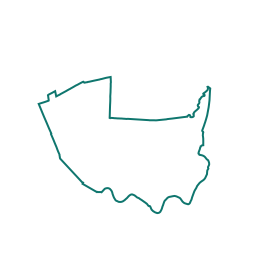 Floresti-Stoenesti, Giurgiu, Romania, rotated 295°
{"feature_id": "2599482B22375380524823", "entity_name": "Floresti-Stoenesti", "entity_type": "district", "adm_level": 2, "iso_a3": "ROU", "parent_name": "Romania", "parent_adm1": "Giurgiu", "projection": "equal_earth", "projection_center": [25.713, 44.497], "detail": "fine", "context": "isolated", "style": "outline", "palette": "teal", "viewbox_px": 256, "rotation_deg": 295, "n_neighbors": 0, "source": "geoboundaries", "source_scale": "gbopen_adm2", "svg_char_len": 5614}
<svg xmlns="http://www.w3.org/2000/svg" viewBox="0 0 256 256"><g transform="rotate(295 128 128)"><path d="M198.6,185.8L198.8,184.9L199.2,183.0L198.9,182.7L198.0,183.6L197.3,183.8L196.4,184.1L195.3,183.8L193.2,182.9L191.3,181.8L190.9,181.7L190.7,181.9L190.5,182.1L190.6,182.8L190.5,183.2L190.0,183.6L189.6,183.7L189.4,183.6L189.1,183.4L188.8,182.8L188.1,182.1L187.2,181.6L186.3,181.4L185.5,181.3L185.1,181.2L184.7,181.2L184.3,180.8L184.1,180.8L183.9,180.8L183.2,181.1L182.5,181.1L182.2,181.3L181.9,181.6L181.4,181.9L180.8,182.0L180.1,182.0L178.8,181.6L178.1,181.6L177.2,182.3L177.0,182.6L177.0,183.0L176.9,183.5L176.5,183.6L175.6,183.6L173.6,182.8L172.1,182.1L171.2,181.7L170.1,181.3L169.5,181.3L169.1,181.4L168.7,181.6L168.5,181.3L167.7,181.7L167.1,182.3L166.5,182.6L166.0,182.5L165.7,182.3L165.1,181.8L164.7,181.1L164.4,180.5L164.3,180.1L164.3,179.9L164.5,179.8L164.8,179.6L165.2,179.4L165.4,179.2L165.6,178.9L165.7,178.7L165.8,178.5L165.7,178.1L165.6,177.9L165.6,177.7L165.3,177.5L165.0,177.4L164.5,177.2L164.2,177.1L164.0,176.9L163.3,176.9L163.2,176.8L163.2,176.6L162.7,175.9L160.5,172.4L155.2,164.0L152.9,160.2L152.0,159.0L146.9,150.4L146.8,150.1L144.1,144.3L144.0,143.8L136.2,123.9L136.0,123.5L135.8,123.2L135.5,122.6L134.8,120.7L134.4,119.7L134.2,119.1L133.9,118.3L132.8,115.7L132.5,114.9L132.1,114.0L131.5,112.4L131.0,111.2L130.9,110.8L130.7,110.1L129.6,107.5L129.5,107.3L129.4,107.3L129.4,107.1L131.1,106.4L139.7,102.7L141.6,101.9L143.1,101.3L144.8,100.6L147.7,99.3L148.1,99.1L148.4,98.9L149.8,98.3L151.1,97.8L152.9,97.1L155.4,96.0L156.6,95.5L158.7,94.6L160.4,93.8L160.8,93.6L162.1,93.2L162.5,93.0L165.2,91.6L166.0,91.2L166.9,90.7L164.7,87.6L164.1,86.8L161.2,83.3L160.7,82.6L160.5,82.3L159.9,81.7L159.4,81.0L156.4,77.0L154.0,73.9L153.1,72.7L152.9,72.3L152.7,72.1L152.1,71.5L151.8,70.9L150.9,69.7L150.7,69.4L150.6,69.2L150.8,68.7L151.0,68.4L151.1,68.1L151.0,67.9L150.8,67.7L150.5,67.4L150.2,67.2L149.7,66.8L147.2,64.9L146.6,64.5L146.2,64.2L145.2,63.4L144.6,62.9L144.1,62.5L143.6,62.2L142.9,61.7L142.6,61.5L141.6,60.8L141.2,60.5L140.6,60.1L140.1,59.7L138.9,58.9L138.5,58.6L138.2,58.3L137.9,58.1L137.4,57.8L136.6,57.1L136.0,56.8L135.7,56.6L135.2,56.2L132.9,54.5L132.5,54.2L132.1,53.9L131.4,53.4L130.5,52.7L130.2,52.5L129.8,52.3L129.0,51.7L128.5,51.3L127.8,50.7L127.5,50.5L127.2,50.3L126.3,49.6L130.6,46.4L127.7,44.3L124.9,42.1L124.2,41.7L123.9,41.6L123.5,41.8L123.3,42.1L122.6,42.5L121.2,43.4L120.2,44.1L119.4,44.5L119.2,44.5L116.3,41.5L115.0,40.1L114.7,39.7L114.1,39.1L113.4,38.3L112.1,36.9L103.1,46.7L99.1,51.2L98.4,52.0L94.5,56.3L90.6,60.8L90.0,60.7L86.0,65.2L83.3,68.1L80.5,71.2L78.5,73.2L77.0,74.8L75.1,77.0L74.6,77.4L74.2,77.5L73.6,78.0L73.4,78.2L72.9,78.4L71.6,79.4L59.5,109.2L59.5,110.4L58.2,110.4L56.8,126.6L57.0,126.6L57.3,128.0L58.6,130.7L58.6,131.2L63.0,132.6L63.4,132.9L63.8,133.3L64.2,133.8L64.5,134.2L64.9,134.9L65.0,135.2L65.1,135.5L65.2,136.3L65.2,136.5L65.2,136.9L65.1,137.5L64.8,138.1L64.6,138.6L64.4,139.1L63.8,140.0L63.5,140.3L63.1,140.8L61.6,142.0L61.0,142.6L59.6,144.0L58.7,145.1L58.3,145.7L57.5,147.0L57.3,147.2L57.2,147.7L57.1,148.1L57.1,148.5L57.2,149.3L57.1,150.5L57.2,150.9L57.5,151.8L57.9,152.6L58.2,153.1L58.8,153.8L59.3,154.3L60.3,154.9L61.1,155.4L62.8,156.1L64.1,156.7L65.1,157.0L66.2,157.3L67.4,157.8L68.4,158.4L68.9,158.8L69.3,159.3L69.6,160.0L69.7,161.5L69.7,162.3L69.7,162.6L69.4,163.6L69.4,163.9L69.1,164.9L69.0,165.2L68.9,166.0L69.0,166.7L69.0,167.1L69.0,167.7L68.7,168.9L68.5,170.8L68.2,172.2L68.1,173.2L67.9,173.7L67.9,173.9L67.8,174.8L67.6,175.5L67.6,175.8L67.4,176.3L67.4,176.7L67.2,177.3L66.8,178.1L66.3,179.0L66.2,179.2L66.1,179.5L66.1,179.9L66.1,180.1L66.2,180.3L66.4,180.5L66.4,180.8L66.4,181.0L66.2,181.4L65.8,181.8L65.5,182.2L65.1,182.6L64.8,182.9L64.6,183.1L64.5,183.3L63.9,184.0L63.8,184.3L63.8,184.5L63.3,185.7L63.3,185.9L63.2,186.5L63.2,186.8L63.1,187.1L63.1,187.4L63.0,188.3L63.1,189.2L63.2,190.1L63.2,190.3L63.3,190.6L63.5,190.9L63.8,191.3L64.0,191.6L64.3,191.9L64.7,192.2L65.2,192.4L65.5,192.6L65.8,192.7L66.0,192.7L66.4,192.7L67.3,192.8L67.7,192.8L68.1,192.8L68.5,192.8L68.8,192.8L69.6,192.7L70.5,192.6L70.8,192.5L71.8,192.4L72.1,192.4L72.3,192.4L72.6,192.4L72.9,192.4L73.4,192.3L76.1,192.0L76.4,192.0L76.8,192.0L77.3,192.0L77.7,192.1L78.1,192.2L79.1,192.6L80.4,193.0L81.3,193.3L82.2,193.8L82.5,194.1L83.0,194.5L83.3,195.0L85.1,197.4L85.7,198.3L86.1,198.9L86.2,199.3L86.3,199.8L86.5,200.9L86.5,202.0L86.5,203.4L86.5,204.1L86.4,204.8L86.1,205.5L84.3,208.6L83.8,210.5L83.8,211.7L84.2,214.3L84.5,215.0L85.2,215.5L85.7,215.7L86.2,215.8L87.0,215.8L87.7,215.7L89.9,215.8L92.3,215.4L98.3,214.9L99.7,214.9L102.3,215.2L104.8,215.2L108.5,216.1L110.2,216.9L112.6,218.3L113.8,218.8L115.3,219.1L119.5,219.1L121.6,218.3L123.1,217.8L125.1,218.0L126.0,217.2L126.9,217.0L128.0,217.1L129.2,217.0L130.6,216.3L131.7,215.3L132.5,214.4L132.7,214.0L132.8,213.1L133.1,212.3L133.8,210.9L134.2,210.1L134.5,209.1L134.6,208.2L134.6,207.3L134.5,206.5L134.3,205.6L133.9,204.1L134.1,203.9L134.3,203.7L134.4,203.2L134.5,202.9L134.9,202.7L135.0,202.5L136.1,202.3L136.5,202.2L137.4,202.2L137.9,202.1L138.5,202.1L138.8,202.1L139.8,201.9L140.4,201.8L140.6,201.7L141.0,201.7L141.6,201.8L142.1,201.8L142.2,201.7L142.5,201.9L143.4,202.3L144.2,203.5L145.2,203.0L146.8,202.3L148.9,201.3L150.3,200.6L151.8,199.7L152.8,199.0L153.6,198.7L154.6,198.3L156.0,198.0L156.3,197.6L156.3,197.2L156.6,196.7L156.9,196.4L157.1,196.3L157.3,196.3L158.6,196.2L162.3,195.9L164.5,195.6L165.7,195.5L167.1,195.3L169.3,195.0L172.3,194.5L172.9,194.4L177.9,193.1L179.8,192.6L180.6,192.4L183.5,191.5L187.7,190.1L189.4,189.4L193.1,187.9L196.1,186.7L198.6,185.8Z" fill="none" stroke="#0f766e" stroke-width="2"/></g></svg>